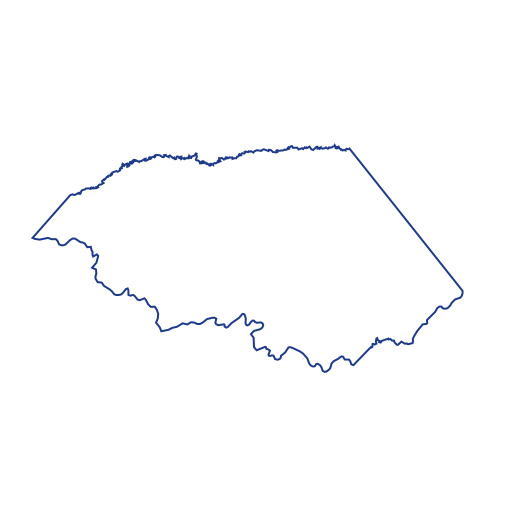 outline of Ipixuna, Amazonas, Brazil, rotated 224°
{"feature_id": "56859067B61069668278252", "entity_name": "Ipixuna", "entity_type": "district", "adm_level": 2, "iso_a3": "BRA", "parent_name": "Brazil", "parent_adm1": "Amazonas", "projection": "robinson", "projection_center": [-71.319, -7.144], "detail": "fine", "context": "isolated", "style": "outline", "palette": "blue", "viewbox_px": 512, "rotation_deg": 224, "n_neighbors": 0, "source": "geoboundaries", "source_scale": "gbopen_adm2", "svg_char_len": 6134}
<svg xmlns="http://www.w3.org/2000/svg" viewBox="0 0 512 512"><g transform="rotate(224 256 256)"><path d="M83.2,374.4L263.4,398.2L263.6,397.2L265.4,395.9L265.4,394.6L264.9,394.1L266.4,393.4L267.1,392.0L268.5,392.1L268.8,391.4L269.4,391.7L271.3,391.1L271.7,391.9L272.5,392.0L272.5,389.6L273.2,389.2L273.7,390.2L274.2,389.4L274.7,390.0L276.2,390.3L275.8,389.6L276.8,387.9L276.8,387.0L277.8,385.5L278.9,384.9L278.5,383.8L279.0,383.0L281.1,382.7L281.3,381.5L282.6,379.5L284.3,378.9L284.7,377.1L285.4,377.0L285.5,378.0L286.4,376.0L287.7,377.2L288.3,376.5L288.5,372.0L290.2,371.2L293.5,371.9L294.3,369.0L295.1,369.1L295.5,368.0L296.4,368.0L296.4,365.6L297.8,365.5L299.4,362.2L301.5,362.6L304.7,359.4L306.3,360.1L306.9,359.6L307.2,358.6L307.0,356.8L308.2,356.8L308.0,355.3L307.1,355.4L308.4,352.9L309.2,352.6L309.8,350.9L313.0,347.1L314.2,346.9L314.5,346.1L312.9,345.5L313.2,344.8L316.1,342.5L318.6,342.6L320.5,341.4L319.9,340.2L324.5,338.2L325.2,336.8L325.2,335.4L328.9,332.6L329.9,330.2L329.7,328.6L332.4,327.9L332.8,326.8L333.9,326.4L333.8,325.2L336.1,323.9L336.5,323.1L335.6,322.6L335.7,321.5L337.4,320.2L337.4,318.9L336.6,318.2L337.1,317.6L338.6,317.8L338.7,317.0L337.9,316.5L337.9,315.4L338.6,314.4L338.1,312.6L339.2,311.6L340.3,309.7L340.9,310.5L341.6,310.5L342.0,309.6L343.6,308.6L343.7,307.5L344.8,307.0L344.3,306.6L344.7,305.9L345.7,306.3L346.3,305.9L345.7,303.9L346.0,303.1L348.7,302.8L349.2,301.8L350.5,300.8L349.9,300.1L348.1,299.6L349.2,299.0L349.5,298.1L349.1,296.9L348.3,297.4L349.6,294.4L350.5,293.9L350.7,292.3L350.1,291.7L352.1,291.4L352.7,290.7L351.6,290.2L351.6,289.3L352.3,288.7L355.0,288.9L355.2,288.0L355.9,287.8L356.9,288.3L358.5,286.7L358.9,287.6L359.9,287.5L360.5,286.7L360.1,285.8L360.8,285.2L360.2,284.8L359.4,285.1L360.5,283.7L362.6,284.7L364.1,284.4L365.4,283.4L366.2,283.6L367.7,286.6L368.5,287.0L369.3,286.7L369.8,288.3L370.6,287.9L369.9,285.8L371.2,283.1L370.7,281.5L372.0,280.8L372.8,281.8L373.7,281.7L372.2,279.7L372.7,279.1L373.5,279.3L374.5,276.4L375.5,276.8L375.8,275.6L376.5,275.7L377.1,274.9L377.2,273.7L377.8,274.0L378.8,273.4L379.1,274.1L381.4,273.2L382.0,272.4L380.9,270.4L381.5,269.4L383.2,270.0L383.4,268.8L387.8,268.5L388.2,267.0L387.6,266.5L390.5,265.5L391.1,266.0L392.2,264.6L391.4,264.2L391.1,263.1L392.0,262.2L395.2,261.6L397.8,259.6L398.4,258.8L398.5,257.8L397.4,257.5L397.6,256.4L398.6,256.5L400.0,253.6L400.9,253.5L401.3,252.7L400.5,250.7L401.1,248.5L402.1,247.6L403.0,249.3L403.5,248.7L404.4,244.6L405.5,243.3L405.3,242.5L407.9,241.7L408.4,241.0L409.1,241.4L410.8,240.2L410.7,239.2L409.6,239.2L409.4,237.3L411.0,237.9L411.3,237.2L410.3,236.8L410.0,236.0L411.8,235.6L411.0,234.0L410.1,233.7L410.0,232.4L410.7,232.1L410.2,231.6L410.6,230.7L411.2,231.2L411.4,232.0L412.4,232.2L411.8,233.0L412.8,233.1L413.3,232.2L413.6,231.1L413.4,229.2L414.6,229.1L414.3,227.2L414.6,226.4L413.6,225.9L414.6,224.5L414.4,223.9L413.4,223.6L413.3,222.6L414.1,220.5L415.5,220.0L417.3,216.4L417.2,214.4L416.4,214.8L416.2,214.1L416.5,212.4L417.6,211.8L418.0,210.8L417.4,210.2L418.2,209.3L417.9,205.7L418.6,205.7L418.8,203.1L418.0,202.4L416.4,202.6L417.0,200.0L418.3,198.4L418.2,196.3L417.3,195.9L417.6,194.9L418.4,195.2L418.9,194.7L418.2,193.7L419.7,191.9L420.4,192.3L420.8,191.1L421.7,191.2L422.2,190.3L421.6,189.4L423.7,188.1L425.3,186.2L425.3,185.0L426.8,182.6L426.5,180.1L425.9,179.7L427.2,178.4L426.3,178.1L427.5,177.3L429.0,173.7L430.8,172.9L431.9,170.8L429.3,113.8L427.0,114.7L423.0,117.5L418.2,124.5L414.6,126.2L411.7,129.1L409.3,129.0L405.7,127.6L403.7,128.4L402.2,129.6L401.1,131.7L400.7,138.8L399.9,141.4L398.0,142.9L392.0,144.0L389.7,145.5L387.9,146.0L383.5,145.1L381.2,147.8L378.6,146.1L376.3,145.3L374.7,143.5L372.8,142.5L371.6,146.6L369.5,146.4L366.1,140.2L365.8,133.7L361.7,135.1L358.6,132.4L357.5,130.1L355.8,128.3L351.7,127.2L348.5,129.7L344.6,128.9L338.0,130.3L335.3,130.5L331.3,130.0L329.5,130.8L327.7,132.5L326.3,134.7L326.1,136.9L326.6,141.7L325.8,143.5L324.0,142.7L320.7,139.4L318.9,140.1L317.4,142.6L315.7,143.0L311.0,142.4L309.0,143.3L306.9,148.0L304.8,148.0L300.4,146.4L298.2,146.3L296.4,146.3L293.6,149.2L289.8,148.3L286.1,146.4L283.2,142.7L281.6,138.6L275.9,137.9L271.8,136.1L267.7,142.1L266.2,146.4L263.7,150.1L262.0,156.6L257.9,159.0L256.9,162.8L256.3,163.6L254.0,165.3L251.0,166.3L249.1,168.1L248.2,170.8L247.4,176.6L244.4,181.4L242.8,182.8L241.0,183.3L239.1,180.1L238.4,179.5L237.2,179.3L235.1,180.0L231.5,184.7L230.8,184.6L229.5,183.4L227.7,183.8L227.0,185.5L227.0,190.7L225.2,199.9L225.5,204.8L224.7,205.6L223.7,205.9L221.5,204.9L219.8,203.8L216.6,200.1L214.9,199.7L214.0,200.1L213.3,202.1L213.9,205.0L213.5,207.3L212.7,208.0L210.6,207.9L209.1,208.5L206.4,211.6L204.4,212.1L202.7,211.2L201.7,208.9L202.2,206.1L205.4,200.7L205.4,196.3L201.0,195.6L194.2,189.1L190.1,188.6L186.3,197.0L185.4,197.3L184.1,196.4L182.1,197.4L180.3,197.6L178.4,193.6L177.3,193.3L176.4,193.9L175.4,195.7L174.2,196.5L170.6,195.1L168.3,196.5L167.4,198.6L167.5,199.7L168.7,201.7L168.0,206.6L169.1,212.8L168.1,214.1L166.3,215.1L158.1,217.9L154.3,218.5L147.9,218.0L143.0,215.6L140.5,215.3L138.4,216.0L137.6,216.8L137.1,217.7L137.6,220.1L137.1,221.0L135.9,221.6L134.0,221.9L131.5,221.4L128.2,219.7L126.2,220.3L125.0,221.9L124.5,225.3L124.8,227.2L126.9,231.0L127.1,234.1L125.5,239.0L124.9,243.0L123.4,244.0L120.3,243.2L117.1,246.1L115.2,245.8L112.1,244.3L110.1,245.2L110.1,270.1L109.4,270.3L109.1,271.3L111.0,273.7L110.4,274.4L109.2,274.7L108.5,276.6L110.3,277.7L112.0,280.2L111.8,281.1L109.8,280.1L107.9,280.6L107.5,279.6L106.2,280.4L106.7,282.0L103.4,288.5L102.6,288.2L101.5,289.7L99.4,289.6L98.1,291.0L96.2,290.1L93.0,290.0L92.2,290.7L91.9,295.4L88.0,296.3L86.8,297.9L86.1,297.8L85.1,298.5L82.9,302.0L83.8,303.9L85.5,305.1L86.6,308.2L87.9,314.2L88.6,322.6L86.2,325.6L86.1,326.5L88.5,328.7L88.3,340.2L89.4,344.5L88.9,347.1L87.5,348.4L85.4,348.1L83.4,349.3L82.0,351.5L81.9,355.5L82.6,357.7L82.7,362.1L82.2,364.1L80.1,367.7L80.3,370.2L81.4,372.5L83.2,374.4ZM400.0,253.6L399.3,253.4L399.3,252.5L400.1,251.8L400.4,252.6L400.0,253.6ZM414.6,229.1L415.3,229.8L416.0,229.7L415.5,228.7L414.6,229.1ZM379.1,274.1L378.5,274.8L378.8,275.5L379.2,275.0L379.1,274.1Z" fill="none" stroke="#1e3a8a" stroke-width="2"/></g></svg>